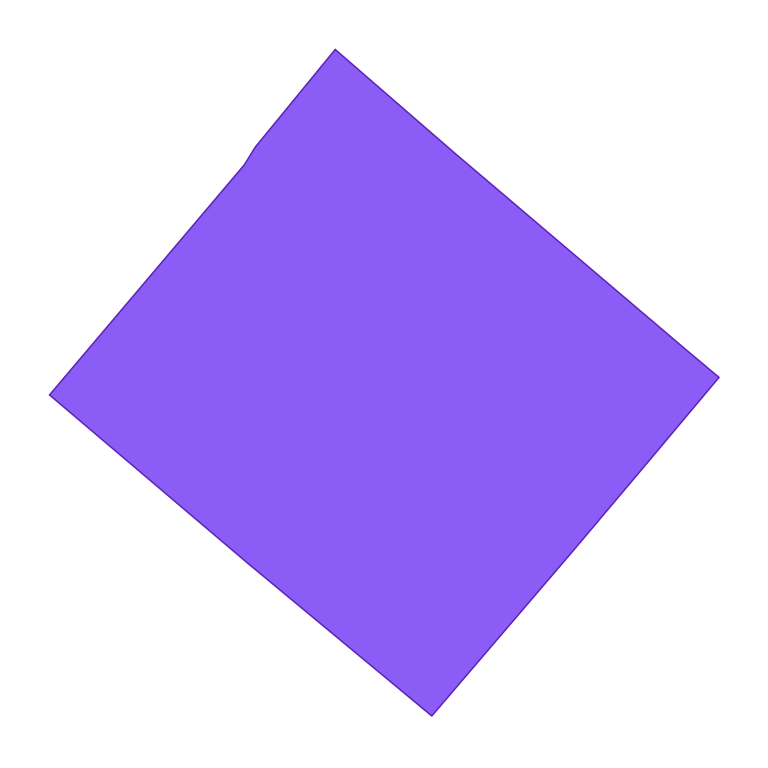 Wayne, Ohio, United States of America, rotated 40°
{"feature_id": "52423323B53124474487881", "entity_name": "Wayne", "entity_type": "district", "adm_level": 2, "iso_a3": "USA", "parent_name": "United States of America", "parent_adm1": "Ohio", "projection": "mercator", "projection_center": [-81.875, 40.83], "detail": "fine", "context": "isolated", "style": "filled", "palette": "violet", "viewbox_px": 768, "rotation_deg": 40, "n_neighbors": 0, "source": "geoboundaries", "source_scale": "gbopen_adm2", "svg_char_len": 326}
<svg xmlns="http://www.w3.org/2000/svg" viewBox="0 0 768 768"><g transform="rotate(40 384 384)"><path d="M634.0,607.6L636.1,389.4L636.4,267.1L636.4,163.6L593.7,163.6L290.8,161.7L184.7,160.0L131.6,159.1L133.1,285.3L136.1,305.6L134.8,607.4L396.2,608.9L634.0,607.6Z" fill="#8b5cf6" stroke="#5b21b6" stroke-width="1.5"/></g></svg>